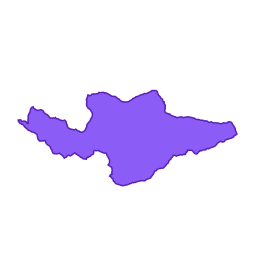 outline of Kazhi, Wangdi Phodrang, Bhutan, rotated 68°
{"feature_id": "84629894B17880677073525", "entity_name": "Kazhi", "entity_type": "district", "adm_level": 2, "iso_a3": "BTN", "parent_name": "Bhutan", "parent_adm1": "Wangdi Phodrang", "projection": "orthographic", "projection_center": [90.104, 27.757], "detail": "fine", "context": "isolated", "style": "filled", "palette": "violet", "viewbox_px": 256, "rotation_deg": 68, "n_neighbors": 0, "source": "geoboundaries", "source_scale": "gbopen_adm2", "svg_char_len": 5862}
<svg xmlns="http://www.w3.org/2000/svg" viewBox="0 0 256 256"><g transform="rotate(68 128 128)"><path d="M165.8,163.0L165.9,162.5L166.5,162.2L167.3,162.2L168.1,161.9L168.7,161.7L169.1,161.3L169.6,161.1L170.4,161.2L171.8,161.4L173.2,160.5L174.3,160.5L174.8,160.2L175.6,159.4L176.4,158.7L177.3,157.1L177.9,156.6L179.4,154.7L179.8,153.5L180.0,151.6L180.4,150.6L180.3,149.0L180.4,148.5L180.3,147.7L180.5,146.4L180.3,144.5L180.4,144.0L180.8,143.5L180.8,142.7L181.1,141.9L181.3,138.0L182.0,135.0L182.4,133.9L183.2,132.6L183.2,132.2L182.9,130.9L182.7,130.5L182.6,129.3L182.7,127.8L182.8,127.0L182.7,125.5L181.7,124.6L181.3,123.4L180.3,121.9L179.6,121.0L178.5,120.1L177.9,119.4L178.2,118.2L178.0,117.5L177.3,116.3L177.2,115.6L177.5,113.3L178.3,110.5L178.1,109.6L177.5,108.3L176.9,106.8L175.9,105.8L175.8,104.5L175.2,103.5L174.4,103.0L174.0,102.4L173.5,102.0L173.0,100.1L172.1,99.3L171.9,98.4L171.7,97.8L171.1,97.1L170.6,96.9L170.4,96.3L170.7,95.2L171.1,94.3L172.2,93.9L172.0,92.5L172.4,91.2L172.4,89.0L173.1,88.5L173.3,87.7L173.4,86.3L173.3,85.9L173.8,85.5L173.9,85.1L173.6,84.3L172.3,83.1L172.3,82.6L172.2,82.2L170.8,80.8L171.3,80.4L171.7,79.4L172.0,78.3L172.6,77.3L173.8,76.5L174.6,76.2L175.2,76.4L177.0,75.3L177.8,74.4L177.7,73.4L177.2,72.7L177.0,71.9L176.5,71.2L176.3,70.1L175.9,69.5L176.6,68.7L176.4,66.7L176.7,66.1L177.3,64.5L177.2,63.8L176.6,62.8L176.8,62.5L176.9,62.0L177.4,61.2L177.5,60.6L177.2,59.6L177.5,56.1L177.3,53.9L176.4,51.9L175.7,51.0L175.0,48.1L175.1,47.8L175.0,47.2L176.3,45.9L176.6,44.8L176.6,43.9L176.3,43.3L175.8,42.7L175.5,41.9L175.8,40.1L175.9,37.9L176.1,35.3L175.9,33.6L174.9,32.2L175.0,31.3L174.4,29.2L173.2,29.3L169.7,29.2L168.6,28.8L165.1,29.3L163.9,29.7L162.1,29.8L161.5,30.1L160.5,31.1L160.2,31.7L159.9,33.3L160.4,34.3L160.3,35.3L160.1,35.6L159.5,36.4L158.9,37.7L159.1,39.1L158.8,40.2L158.8,40.6L157.4,42.1L157.2,42.9L156.6,43.6L155.3,46.7L154.7,47.3L154.4,47.9L153.9,48.1L153.4,48.6L153.3,49.0L153.4,49.6L153.1,50.8L152.6,51.3L151.6,51.8L150.8,52.6L150.2,54.3L148.7,55.9L148.1,57.7L147.0,58.7L146.3,59.7L145.8,61.2L144.9,62.3L144.0,62.6L143.5,63.1L143.5,63.8L143.0,64.0L142.7,64.5L142.3,64.7L141.7,65.6L141.7,66.0L140.6,67.2L140.5,67.6L139.9,68.6L139.8,69.7L139.4,70.9L139.1,72.9L138.2,73.6L137.8,74.1L137.6,75.1L137.2,76.0L137.3,76.9L136.9,77.5L136.8,78.7L135.2,80.1L134.9,80.8L134.2,81.2L134.0,81.6L133.5,82.1L132.8,83.1L131.6,83.8L130.7,84.0L130.4,84.4L130.1,85.2L129.1,86.1L128.8,86.7L127.8,87.5L125.6,87.5L124.3,86.4L123.4,86.2L122.9,85.7L122.2,85.8L121.3,85.0L120.5,84.9L118.9,85.3L118.1,85.1L117.5,84.6L117.3,84.7L117.0,85.2L116.5,85.6L114.2,85.3L112.3,86.5L110.9,86.5L109.0,87.4L108.3,87.3L107.3,87.5L106.3,87.5L105.6,87.1L105.3,87.2L104.0,87.9L103.4,88.6L102.9,90.3L102.2,91.7L102.3,92.2L102.8,93.4L102.8,96.1L103.0,97.0L102.9,98.4L102.1,100.0L102.4,100.9L102.4,102.3L102.1,103.3L102.1,104.3L102.4,106.2L102.0,109.0L102.5,110.2L102.5,112.6L103.0,113.3L103.3,114.1L103.3,115.5L103.8,117.5L103.2,120.2L102.4,121.5L102.0,122.8L101.8,123.1L101.1,123.6L100.9,124.1L99.2,125.1L98.4,125.2L95.9,127.0L94.1,127.9L93.5,128.9L92.8,130.7L91.3,132.0L89.9,132.8L88.9,133.9L87.4,135.0L87.1,135.3L87.0,136.4L85.9,137.1L85.6,137.7L85.2,139.7L84.8,140.5L84.4,141.0L84.2,141.7L84.2,141.9L84.9,143.0L84.1,145.9L83.3,147.7L83.2,149.1L83.8,149.9L83.8,151.1L82.3,152.8L82.4,153.0L82.9,153.0L83.6,153.5L84.1,154.2L84.7,154.4L86.0,156.0L87.3,156.0L89.5,157.0L90.8,157.7L91.4,157.9L92.6,157.9L93.0,157.6L93.5,157.5L94.1,157.7L94.6,157.6L97.0,156.0L98.7,155.9L100.0,155.6L101.5,155.7L103.8,156.7L105.8,159.4L106.9,160.2L108.8,163.8L109.4,164.6L110.1,165.2L111.1,165.5L113.2,167.9L114.0,168.6L114.7,170.6L114.7,172.6L113.8,173.8L112.4,174.6L111.9,175.5L111.5,175.9L109.5,176.9L109.6,177.2L109.6,178.1L109.5,178.7L109.2,179.1L107.1,182.1L106.1,182.8L105.5,183.4L104.2,183.7L102.5,183.2L101.1,183.5L99.6,183.1L98.8,183.1L98.3,183.2L97.5,183.6L97.0,183.7L96.9,185.4L96.3,186.6L95.5,187.3L95.2,188.1L94.5,188.6L93.9,188.7L92.8,190.4L92.2,191.0L91.1,191.4L91.4,192.0L91.3,192.7L90.6,193.5L90.5,194.8L89.1,196.8L87.5,197.0L85.9,197.6L84.9,198.2L84.7,198.7L84.0,199.3L83.4,199.4L82.4,200.1L80.8,200.1L80.1,200.4L78.8,201.4L78.4,202.2L78.0,204.5L77.5,205.9L74.0,208.1L73.3,208.3L72.8,208.1L72.8,209.1L73.1,210.1L73.8,211.1L76.5,212.9L77.5,214.3L79.4,216.1L81.9,217.0L83.1,217.8L84.2,217.9L85.3,218.5L86.1,218.7L86.3,218.9L86.2,219.5L85.5,219.9L84.6,219.7L84.5,219.9L83.2,220.8L82.7,221.7L82.5,222.7L82.3,222.8L82.4,223.5L82.2,224.0L81.0,224.3L80.4,224.3L79.9,225.0L80.1,225.7L79.5,226.6L80.1,226.8L80.3,227.2L80.5,227.2L81.1,226.9L82.1,226.8L83.3,226.4L83.7,225.8L84.7,225.2L85.6,224.0L86.3,223.7L88.1,223.5L92.0,221.5L92.8,221.3L93.4,220.2L95.5,218.9L96.2,217.6L97.2,216.6L99.8,214.9L100.7,214.9L102.1,215.2L102.5,215.4L105.3,215.6L106.2,215.0L107.2,214.6L107.8,212.4L108.4,211.3L108.3,210.6L108.6,209.4L110.7,209.7L111.9,209.6L113.6,208.8L114.4,208.0L115.6,207.4L116.7,207.2L118.1,207.3L119.6,206.9L120.6,206.9L121.4,207.1L123.7,206.8L124.0,205.9L124.4,205.6L125.2,204.1L125.8,201.1L128.2,199.5L130.5,198.5L132.0,198.4L131.8,196.9L132.0,196.4L131.9,195.9L130.7,194.3L131.1,193.3L131.9,192.4L132.2,191.9L132.3,191.5L131.1,186.7L131.8,186.3L132.7,186.0L134.0,184.8L135.1,184.2L135.6,183.6L137.3,182.9L138.7,181.6L139.8,181.1L140.2,180.3L140.3,179.9L141.3,178.5L141.3,178.2L140.0,177.0L139.9,176.7L140.3,175.7L140.1,174.9L140.0,173.3L139.4,172.5L139.2,170.9L139.3,170.3L139.1,169.9L139.0,169.7L137.8,168.9L136.9,168.8L136.3,167.9L136.3,167.3L137.0,166.5L137.3,165.7L137.5,164.2L138.4,163.5L140.2,161.8L142.1,159.8L142.7,158.9L142.7,158.3L143.0,157.8L143.5,157.5L145.6,157.8L146.9,157.4L149.2,157.3L150.2,157.1L151.1,157.1L152.1,157.8L153.2,158.0L154.4,159.5L154.8,160.3L155.3,160.1L156.5,159.1L158.2,158.1L159.4,158.0L161.8,158.7L162.7,159.4L163.7,160.0L164.9,160.0L164.8,161.2L165.0,162.3L165.8,163.0Z" fill="#8b5cf6" stroke="#5b21b6" stroke-width="1.5"/></g></svg>